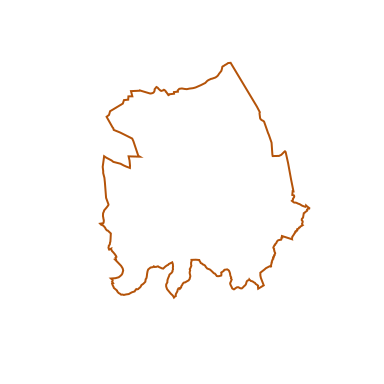 Yehualtepec, Puebla, Mexico, rotated 129°
{"feature_id": "50627088B45895820566273", "entity_name": "Yehualtepec", "entity_type": "district", "adm_level": 2, "iso_a3": "MEX", "parent_name": "Mexico", "parent_adm1": "Puebla", "projection": "natural_earth1", "projection_center": [-97.668, 18.767], "detail": "fine", "context": "isolated", "style": "outline", "palette": "amber", "viewbox_px": 384, "rotation_deg": 129, "n_neighbors": 0, "source": "geoboundaries", "source_scale": "gbopen_adm2", "svg_char_len": 5951}
<svg xmlns="http://www.w3.org/2000/svg" viewBox="0 0 384 384"><g transform="rotate(129 192 192)"><path d="M132.8,285.7L135.7,285.7L136.3,285.2L136.9,284.8L138.0,284.5L138.9,284.5L139.8,284.8L140.9,285.6L141.8,286.5L145.1,294.5L145.9,296.6L146.1,296.6L146.3,296.5L152.0,302.9L155.2,298.6L157.7,301.6L160.4,299.7L163.4,302.7L166.8,301.4L180.8,306.5L181.0,306.4L184.3,305.0L187.3,305.7L191.9,294.1L191.9,293.5L192.0,293.3L193.0,291.9L191.0,285.3L188.1,272.1L189.4,269.5L197.5,256.8L197.7,256.0L197.5,255.5L197.4,254.8L204.2,263.7L206.9,260.3L210.6,256.7L212.4,255.4L213.6,259.0L214.4,262.0L215.0,265.3L218.1,272.1L218.1,274.4L219.3,280.4L219.5,282.8L228.7,277.2L231.6,274.2L233.2,272.9L236.1,269.0L239.3,265.8L250.6,255.1L254.2,249.1L255.0,248.7L257.7,248.6L261.6,248.7L262.4,248.3L264.5,247.7L266.8,246.0L267.6,245.0L268.6,243.9L269.4,242.8L270.9,241.7L272.1,241.3L274.4,243.4L274.6,242.2L274.0,240.0L274.1,238.8L274.4,237.1L275.0,235.9L275.4,234.1L275.0,233.2L275.3,229.0L279.8,225.7L282.1,224.1L282.7,224.0L284.5,222.9L286.2,222.8L286.7,222.4L287.8,221.9L288.7,220.6L288.9,220.1L287.9,219.7L286.9,219.2L287.1,219.1L287.7,218.2L288.0,217.4L288.2,217.1L288.4,215.4L288.9,212.8L289.2,212.0L289.3,211.3L289.7,210.4L290.0,209.9L291.1,210.2L292.2,208.7L292.9,209.3L294.0,200.6L295.0,197.8L296.3,196.1L299.2,194.8L300.5,194.6L302.2,194.8L304.4,195.3L307.2,197.3L310.2,200.5L310.3,198.8L310.5,198.1L311.6,197.6L312.1,197.6L312.5,195.9L313.5,196.4L314.3,195.1L315.2,193.1L315.7,192.4L315.8,188.2L316.3,187.6L316.7,185.4L316.4,184.2L316.4,182.5L315.4,181.4L314.9,180.2L313.0,178.7L311.1,176.9L309.5,176.3L308.0,175.7L305.3,174.0L304.4,174.2L302.5,174.2L302.3,173.5L301.3,172.7L300.5,172.7L299.2,172.4L298.1,172.3L296.1,172.7L294.2,172.1L292.6,171.9L291.1,171.8L289.0,173.1L288.0,173.1L287.2,173.4L285.9,174.1L283.7,175.5L281.5,176.7L279.8,177.3L276.8,176.7L275.0,175.1L273.8,174.9L273.9,174.0L272.7,172.7L271.2,171.7L271.1,170.4L270.5,168.4L270.4,167.7L269.7,166.2L266.7,165.8L264.6,165.2L263.7,164.7L262.6,164.7L259.1,163.1L260.1,161.5L261.9,159.8L263.0,159.2L264.0,158.1L265.4,157.7L266.1,157.1L268.0,157.0L269.0,157.3L270.4,157.5L271.9,156.9L273.4,156.5L275.5,155.8L276.7,155.1L277.7,154.3L279.6,154.0L280.4,153.7L281.1,153.1L281.8,152.5L282.3,151.6L283.0,150.6L283.3,149.7L284.4,144.3L284.5,142.2L284.8,141.0L285.4,139.6L283.9,139.5L283.1,139.1L282.2,139.9L281.5,140.3L278.2,140.9L277.3,141.5L275.5,141.9L274.6,141.3L274.9,140.5L273.0,140.4L272.1,141.0L270.6,141.1L268.8,141.5L267.3,141.2L266.5,140.4L265.0,139.9L262.8,139.0L262.1,139.1L260.9,139.1L260.2,139.6L258.8,140.1L258.1,140.7L256.4,142.9L255.3,143.6L254.1,144.1L253.4,145.2L252.4,145.3L249.7,146.1L249.0,147.0L247.4,148.3L245.9,148.9L245.1,149.7L242.3,146.5L240.3,143.6L240.8,142.8L241.0,141.9L241.7,140.5L241.3,138.9L241.5,138.2L241.2,137.2L241.0,136.2L241.0,135.4L241.5,134.3L241.9,132.0L241.0,129.4L241.0,128.1L241.2,125.5L241.4,124.0L241.0,122.8L241.3,121.3L241.7,119.9L241.1,118.8L240.2,117.9L238.5,116.7L237.2,117.5L236.2,118.6L233.4,117.7L232.5,117.9L231.7,117.6L231.2,117.0L230.0,116.0L229.8,114.7L229.9,113.7L230.6,112.4L231.4,111.1L231.9,110.7L233.2,109.1L233.7,107.8L234.6,107.4L235.0,106.1L235.9,105.8L237.2,105.4L238.3,105.2L239.3,104.6L240.1,103.2L240.8,101.6L241.6,100.1L241.4,98.4L240.9,97.9L239.5,97.7L237.8,97.1L237.4,96.7L236.8,96.0L236.5,94.2L236.1,93.3L235.5,92.6L233.6,92.3L232.8,92.3L231.3,92.0L230.2,92.0L229.4,92.2L227.3,93.1L226.5,93.2L225.9,93.1L224.5,92.3L223.9,92.5L224.1,91.8L224.0,91.1L224.1,90.3L223.7,89.5L223.4,88.8L223.3,88.1L223.3,87.2L223.0,85.9L223.4,84.6L223.2,83.2L223.2,81.7L224.2,81.1L225.5,79.7L219.4,77.5L215.3,84.6L215.1,84.8L213.9,86.3L211.7,88.1L206.6,86.9L204.7,86.6L201.0,85.0L200.8,84.9L200.6,84.5L200.4,83.8L200.1,83.7L199.4,84.4L199.0,84.5L198.2,85.0L197.7,85.1L197.3,85.3L196.9,85.7L196.3,85.7L195.8,86.2L195.5,86.4L194.7,86.4L194.4,86.7L193.4,87.0L192.9,86.8L192.1,87.6L191.5,87.3L191.3,87.5L191.3,87.9L191.0,88.0L190.3,87.8L189.9,88.1L189.6,88.3L189.3,88.0L189.1,88.0L188.9,88.2L188.4,88.5L187.4,88.7L187.0,89.1L186.3,90.6L185.9,90.9L185.2,92.0L184.6,92.3L184.3,93.3L184.2,93.6L183.9,93.9L181.5,94.4L180.9,94.2L180.6,94.5L179.4,94.5L179.1,94.3L178.4,94.4L177.1,94.8L176.0,94.8L175.2,94.6L173.9,93.6L173.2,92.9L172.9,92.7L172.1,93.0L171.5,93.6L171.0,93.6L170.6,93.2L170.4,93.4L170.4,93.8L170.3,94.0L169.6,94.4L165.8,84.6L165.5,85.0L164.5,85.3L163.9,85.8L163.4,85.9L161.5,86.0L160.4,86.2L159.3,86.2L159.1,86.4L158.0,86.3L157.9,86.6L157.8,86.8L157.3,86.8L157.0,86.7L156.0,86.0L155.6,86.0L155.1,86.7L154.6,86.9L153.9,86.4L153.1,86.1L152.3,86.4L152.0,86.2L151.5,85.9L150.5,86.0L148.8,85.3L148.1,85.1L148.1,85.7L147.4,86.5L146.2,86.8L145.7,87.2L145.3,87.4L145.1,87.6L144.8,89.0L144.0,89.6L143.6,89.7L142.0,89.6L138.1,91.8L137.4,91.4L136.5,91.4L135.7,91.2L134.4,90.8L133.8,90.8L133.3,91.5L131.7,91.3L131.1,90.5L130.7,90.7L130.8,93.4L130.7,94.8L131.3,94.4L132.2,94.6L133.3,97.7L133.7,100.7L134.3,102.3L134.6,103.7L134.9,104.6L135.8,105.8L136.0,106.4L136.0,107.2L136.0,108.8L134.6,108.6L133.7,109.3L131.9,109.4L130.9,109.9L130.5,110.7L131.2,112.2L128.0,114.3L127.6,113.6L119.9,122.9L109.0,135.6L102.0,144.4L101.9,145.4L102.8,145.6L106.9,146.0L109.2,147.1L113.3,151.9L112.9,152.4L112.0,153.4L103.6,161.2L99.0,168.6L98.5,169.7L92.0,180.2L91.9,180.5L92.0,181.9L92.3,183.2L92.2,184.6L91.8,185.5L89.1,188.3L88.2,189.2L87.3,189.5L84.8,195.3L67.3,243.3L69.1,245.1L70.9,245.6L72.9,246.4L74.1,246.7L75.1,247.2L75.7,247.2L77.3,246.3L79.5,245.4L83.0,245.4L84.6,245.2L85.9,245.2L88.2,245.8L91.6,247.9L91.9,248.3L94.8,249.7L96.2,250.1L98.9,250.3L103.5,252.4L108.5,255.0L110.6,256.5L113.3,259.1L115.3,260.7L116.5,262.5L117.9,265.0L119.8,266.8L122.1,267.0L122.9,266.1L125.7,268.9L126.9,267.8L129.7,270.5L130.8,271.7L131.8,270.5L130.5,274.9L130.6,275.4L130.2,275.9L130.1,276.8L130.1,277.8L130.3,278.2L130.9,278.2L131.6,278.8L132.5,279.2L132.8,279.6L133.0,280.3L132.9,282.7L132.6,284.0L132.6,284.7L132.8,285.7Z" fill="none" stroke="#b45309" stroke-width="2"/></g></svg>